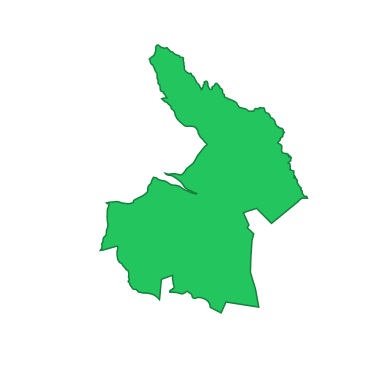 Maragwa, Central, Kenya (Albers equal-area conic projection), rotated 45°
{"feature_id": "3690345B66962140424276", "entity_name": "Maragwa", "entity_type": "district", "adm_level": 2, "iso_a3": "KEN", "parent_name": "Kenya", "parent_adm1": "Central", "projection": "albers", "projection_center": [37.15, -0.878], "detail": "fine", "context": "isolated", "style": "filled", "palette": "green", "viewbox_px": 384, "rotation_deg": 45, "n_neighbors": 0, "source": "geoboundaries", "source_scale": "gbopen_adm2", "svg_char_len": 6013}
<svg xmlns="http://www.w3.org/2000/svg" viewBox="0 0 384 384"><g transform="rotate(45 192 192)"><path d="M320.6,226.2L305.6,215.8L290.1,207.5L279.4,196.1L268.5,183.6L267.4,181.6L265.2,177.9L256.3,178.2L255.6,175.1L243.0,170.4L245.4,165.3L249.3,157.9L270.4,158.0L273.8,123.8L273.7,120.8L273.9,119.7L274.6,118.1L278.0,114.8L276.0,114.0L275.4,114.9L274.4,115.5L271.7,115.1L270.4,114.7L269.7,113.8L269.0,113.4L267.3,113.6L267.0,112.6L266.5,112.0L265.6,112.1L264.1,111.9L263.3,112.1L262.7,111.7L260.8,111.3L258.9,110.5L258.7,109.7L258.0,109.2L257.2,109.2L256.5,108.9L255.6,109.3L253.6,109.7L253.7,108.9L254.4,108.4L253.7,108.1L252.1,107.9L251.5,107.7L249.9,105.8L249.1,105.2L247.4,106.2L246.7,106.4L246.0,106.3L245.4,107.0L244.9,106.4L244.5,105.4L241.9,103.3L241.1,102.8L240.2,103.1L239.7,103.6L239.3,102.8L239.4,101.0L239.8,100.1L238.3,98.7L238.2,97.7L237.6,97.4L236.7,97.7L235.7,97.3L235.4,97.9L236.1,98.2L235.7,98.8L235.0,98.6L233.9,97.3L233.2,97.5L232.8,98.0L231.8,97.7L231.4,98.3L229.8,99.4L229.0,100.0L228.2,100.2L226.6,99.7L225.7,99.1L225.1,98.2L223.0,96.0L222.2,95.7L220.5,95.9L219.6,96.3L217.9,96.6L217.7,95.8L217.5,92.4L216.6,92.1L216.4,91.4L216.4,90.5L216.9,89.9L216.9,88.9L216.6,88.1L216.0,87.7L215.8,86.9L214.9,85.5L215.3,84.7L214.3,84.4L213.4,84.6L212.8,83.8L212.0,83.3L211.3,83.6L210.6,83.4L209.8,84.1L207.8,85.0L206.9,84.8L206.2,85.3L204.4,85.3L202.8,84.6L202.1,84.8L201.0,83.5L198.9,83.0L196.8,83.0L195.5,83.7L194.1,83.5L193.4,83.0L192.5,82.6L190.2,82.5L188.8,83.4L187.6,83.6L186.0,83.0L184.0,81.7L183.2,81.8L181.6,83.7L180.7,83.8L180.0,85.0L180.2,85.9L179.9,86.8L178.9,87.1L178.0,87.8L177.7,88.7L177.7,89.4L178.5,91.0L178.2,91.6L177.5,91.9L177.1,92.9L176.2,93.3L175.3,94.6L170.8,95.3L170.3,95.7L169.3,96.7L166.7,97.8L166.2,98.5L165.5,98.8L164.6,98.4L162.8,98.3L161.3,97.7L160.2,97.5L159.0,97.6L156.1,98.5L155.5,98.9L152.4,100.0L151.9,100.6L151.1,100.6L149.0,101.2L148.0,102.0L147.0,101.4L146.0,100.3L144.4,100.6L143.7,100.3L143.0,99.8L141.7,98.5L139.7,98.1L137.9,98.7L136.8,97.8L136.1,97.9L133.5,97.7L132.6,97.8L132.1,98.5L132.0,99.4L132.7,101.5L132.0,102.7L132.0,103.5L132.2,104.1L133.1,104.4L133.2,105.2L133.2,105.9L132.4,106.4L131.6,106.7L129.8,106.2L128.7,105.7L127.9,105.7L127.1,104.5L124.5,103.2L123.7,103.6L123.3,104.1L122.9,105.5L123.2,106.1L124.6,106.6L124.3,108.1L125.3,109.5L125.7,110.9L126.4,112.3L126.2,113.1L124.4,112.2L122.9,112.1L122.1,111.4L120.0,111.2L118.2,111.4L116.8,110.7L115.9,110.7L112.6,109.5L111.4,109.3L109.3,109.6L107.7,108.8L107.0,109.0L106.6,109.9L105.9,110.4L103.1,111.1L100.4,110.9L99.2,110.1L98.6,109.6L98.2,108.8L96.4,107.9L95.6,107.2L95.0,106.4L92.9,105.3L91.3,103.3L90.5,103.3L88.9,104.6L88.1,104.9L86.5,104.7L84.6,105.8L82.8,106.6L82.0,106.8L79.8,106.7L78.9,106.9L76.7,108.0L75.9,107.6L73.7,107.8L72.8,107.5L71.9,107.9L71.2,109.8L70.2,110.1L68.6,111.2L65.1,111.9L64.3,111.8L63.7,112.4L63.4,113.0L63.4,113.7L64.0,115.4L64.8,115.9L65.9,117.1L67.1,118.9L68.4,122.0L68.4,122.9L67.9,126.1L67.8,128.2L69.3,128.7L70.7,129.7L71.6,130.1L73.2,130.3L74.1,130.0L75.0,130.1L78.1,131.2L79.7,132.1L83.6,133.1L84.5,133.6L84.8,134.2L87.1,136.4L88.6,136.9L89.6,137.6L91.2,139.2L92.0,139.3L93.3,139.1L94.0,139.4L97.8,142.5L98.7,142.6L101.3,141.5L101.9,142.3L104.0,142.2L106.0,142.9L107.6,143.2L106.0,145.3L105.0,146.5L104.6,147.5L108.5,147.4L110.3,146.7L111.9,146.4L113.6,146.6L115.6,146.3L116.4,146.4L118.5,147.7L119.6,147.7L120.6,147.3L123.2,147.7L124.9,149.0L126.2,149.6L129.4,150.7L133.4,150.9L139.6,150.4L140.6,150.1L141.5,149.6L144.9,146.0L146.8,144.7L147.7,144.2L148.5,143.9L151.2,144.2L153.0,144.6L155.2,146.3L157.0,146.6L158.8,147.2L160.8,147.3L161.9,147.1L165.0,147.6L168.1,147.5L169.2,147.8L168.9,149.6L168.9,151.8L170.2,162.4L171.8,167.5L172.4,170.1L172.5,171.2L171.7,179.1L172.4,183.1L172.6,184.9L172.5,186.7L172.4,187.3L172.0,187.9L166.7,191.4L165.9,192.2L162.6,196.2L159.9,197.7L160.6,197.8L162.6,197.3L163.9,196.5L165.1,195.5L166.4,194.6L169.5,193.8L174.2,193.0L176.8,192.8L180.2,193.1L183.9,193.9L187.9,193.0L189.8,192.2L194.0,190.9L195.7,189.9L196.4,189.7L196.4,190.5L195.8,191.0L192.1,193.0L185.8,195.4L183.5,196.1L182.5,196.3L179.1,196.8L175.9,198.6L173.9,200.4L172.4,201.4L170.5,202.1L167.8,202.5L165.0,203.4L162.0,205.6L159.9,206.7L158.9,206.9L157.2,207.1L154.4,208.8L155.1,211.5L156.7,214.6L156.9,215.5L156.8,217.5L157.2,219.1L158.1,220.7L159.7,222.3L160.4,223.7L160.3,226.6L159.7,230.0L157.1,237.5L156.8,239.1L157.4,240.6L157.9,241.2L155.6,245.1L154.7,245.8L150.8,248.9L146.8,251.0L145.2,252.3L140.1,258.7L139.3,260.2L140.3,260.0L142.1,259.3L143.2,261.3L144.2,263.5L145.0,264.8L147.5,267.3L149.3,269.3L152.9,272.6L155.4,274.3L156.9,276.0L157.7,277.3L158.3,279.0L158.7,279.6L160.6,281.9L161.3,282.5L161.7,283.2L161.7,286.4L161.9,287.1L162.7,288.5L163.9,289.7L164.8,292.4L166.3,293.6L167.9,295.3L168.2,296.2L168.2,297.3L168.5,298.2L170.0,296.2L177.1,283.5L178.0,283.0L179.9,285.1L181.1,287.2L182.5,288.3L183.7,289.7L187.0,292.1L189.7,292.9L190.7,293.0L192.4,292.4L193.2,292.4L195.9,293.0L198.0,293.0L199.8,293.4L200.7,293.4L201.9,292.8L202.8,293.0L205.1,294.4L207.4,297.2L209.2,297.9L209.9,299.4L209.9,300.2L210.7,300.6L211.8,300.4L214.5,301.7L216.7,301.9L218.1,302.3L218.9,302.2L219.9,301.8L221.2,300.6L221.8,300.3L224.5,300.6L225.3,300.4L226.4,299.4L228.1,298.6L228.7,298.1L230.7,296.3L231.3,295.6L231.9,295.2L232.5,294.4L233.7,294.1L235.1,292.8L236.1,292.6L237.9,291.6L241.7,291.0L245.1,291.1L243.3,288.8L236.5,280.7L232.1,275.3L236.2,266.6L237.3,264.8L237.5,265.4L238.4,265.6L239.0,266.1L239.2,266.8L240.4,267.8L241.6,268.3L242.8,269.6L243.5,270.1L246.2,271.4L246.9,272.3L247.1,273.3L246.7,274.1L247.0,274.7L246.2,276.2L246.4,278.1L247.0,278.5L247.7,278.2L248.9,276.5L249.9,276.0L251.5,274.6L252.8,273.6L256.7,271.4L257.2,270.9L258.1,268.7L258.6,266.0L259.1,265.5L260.9,265.3L263.6,264.7L264.4,264.8L266.2,265.9L267.3,266.2L268.5,265.7L269.4,265.0L270.6,262.5L272.7,260.6L275.9,258.9L278.0,258.2L280.7,258.0L282.2,258.3L284.4,259.1L286.4,260.6L287.8,260.3L298.1,256.9L293.8,245.8L320.6,226.2Z" fill="#22c55e" stroke="#15803d" stroke-width="1.5"/></g></svg>